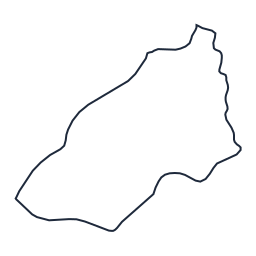 the Department of Tumbes
{"feature_id": "PER-568", "entity_name": "Tumbes", "entity_type": "Department", "adm_level": 1, "iso_a3": "PER", "parent_name": "Peru", "parent_adm1": "", "projection": "orthographic", "projection_center": [-80.453, -3.803], "detail": "fine", "context": "isolated", "style": "outline", "palette": "slate", "viewbox_px": 256, "rotation_deg": 0, "n_neighbors": 0, "source": "natural_earth", "source_scale": "10m", "svg_char_len": 1335}
<svg xmlns="http://www.w3.org/2000/svg" viewBox="0 0 256 256"><path d="M240.6,147.7L240.6,150.0L236.6,154.5L217.0,163.5L213.5,167.9L209.8,173.8L205.6,179.0L200.3,181.6L195.6,180.6L185.0,174.9L179.9,173.3L174.8,173.0L169.7,173.3L165.0,174.7L161.3,177.4L158.6,181.4L155.6,187.5L153.5,193.8L153.5,194.0L153.3,194.2L122.0,221.8L117.0,228.0L115.1,229.8L113.3,230.8L112.0,230.9L108.9,230.6L84.9,221.5L76.5,219.3L69.3,219.1L49.1,220.3L37.0,217.1L32.2,214.4L15.9,199.0L15.6,198.8L15.4,199.3L19.3,191.1L32.8,170.7L40.7,162.5L50.1,155.0L60.4,149.2L64.2,145.7L65.7,140.4L66.4,134.7L68.1,129.5L72.6,120.6L79.3,112.1L88.3,104.7L128.1,81.0L135.3,74.0L145.9,58.4L147.4,53.2L149.5,52.4L152.0,52.0L154.2,50.6L158.1,49.1L175.6,49.7L180.4,48.6L185.5,46.5L189.6,43.2L191.3,38.7L192.0,35.9L195.4,30.2L196.5,27.5L196.5,25.1L198.3,25.9L202.4,28.1L211.9,30.6L215.4,33.3L214.9,37.7L213.3,43.0L213.9,48.2L215.4,49.6L219.6,51.3L221.2,53.2L221.8,55.4L221.8,57.9L221.3,62.7L219.4,69.5L219.3,71.4L220.9,73.2L223.4,74.0L225.6,75.0L226.3,77.3L226.3,80.2L227.8,85.0L228.1,87.7L227.7,90.2L226.0,95.1L225.6,97.3L225.6,99.8L225.9,101.8L227.4,106.5L227.6,109.0L226.8,110.9L225.7,112.7L225.3,114.6L226.4,119.7L231.5,127.7L233.7,132.8L234.0,135.1L234.0,139.7L234.7,141.9L236.9,144.4L239.1,145.9L240.6,147.4L240.6,147.7Z" fill="none" stroke="#1e293b" stroke-width="2"/></svg>